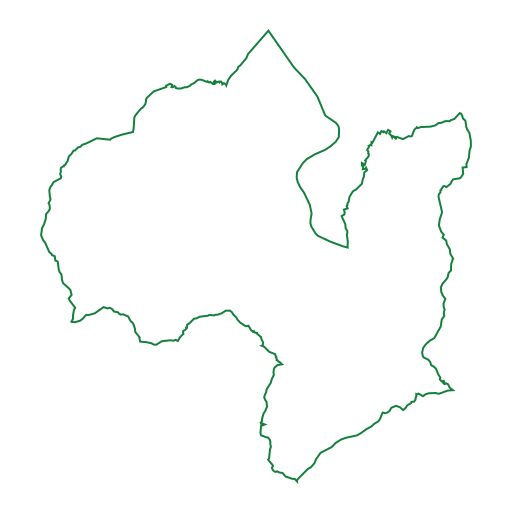 Bicaz, Neamt, Romania (orthographic projection)
{"feature_id": "2599482B9857153102681", "entity_name": "Bicaz", "entity_type": "district", "adm_level": 2, "iso_a3": "ROU", "parent_name": "Romania", "parent_adm1": "Neamt", "projection": "orthographic", "projection_center": [26.06, 46.951], "detail": "fine", "context": "isolated", "style": "outline", "palette": "green", "viewbox_px": 512, "rotation_deg": 0, "n_neighbors": 0, "source": "geoboundaries", "source_scale": "gbopen_adm2", "svg_char_len": 6004}
<svg xmlns="http://www.w3.org/2000/svg" viewBox="0 0 512 512"><path d="M453.0,390.2L449.7,387.6L448.0,384.3L446.1,383.3L444.8,384.1L444.2,383.9L443.2,382.9L444.2,382.0L443.7,380.8L441.6,381.3L439.8,379.4L440.3,377.5L438.4,374.6L435.8,368.4L433.2,366.2L431.3,365.4L430.1,361.9L428.5,359.8L423.6,357.4L422.8,356.0L422.1,352.5L423.2,347.9L425.7,344.4L430.0,340.5L434.2,338.2L440.7,326.6L441.8,319.4L444.3,316.0L443.7,313.3L444.6,309.6L443.8,307.5L443.5,303.7L445.3,298.9L442.4,294.9L442.5,294.2L441.4,292.5L440.8,287.5L442.6,283.7L447.0,278.5L447.8,276.9L448.6,272.9L451.0,270.5L451.2,263.8L452.4,260.6L452.5,259.5L453.2,258.8L450.4,254.0L449.8,249.3L446.8,244.0L446.2,240.5L442.5,237.6L443.8,234.8L441.1,231.5L438.9,225.4L439.8,219.1L442.1,212.3L438.5,196.7L438.8,194.2L440.4,192.4L440.4,190.3L441.3,189.9L441.3,189.1L443.4,186.2L444.3,186.0L446.3,187.1L450.5,183.9L451.8,181.0L453.3,179.3L459.3,178.4L460.7,177.7L463.2,173.8L462.6,167.5L466.6,167.1L466.4,164.2L468.9,157.7L469.5,151.0L470.9,146.4L470.8,140.5L469.4,133.0L467.1,129.3L466.3,126.8L465.4,120.7L462.9,118.4L462.2,115.7L461.1,113.7L459.8,113.1L454.3,119.0L450.7,120.2L449.7,121.2L445.5,121.1L440.9,122.9L438.7,123.0L435.3,125.4L430.7,126.6L420.7,127.1L418.2,128.0L417.0,127.4L417.0,128.0L415.5,128.4L414.0,130.3L412.0,135.9L410.8,136.5L408.7,136.1L402.9,139.1L396.9,136.9L395.9,138.7L394.4,137.4L394.7,136.8L392.9,136.1L392.2,137.7L391.2,135.5L389.2,133.6L390.5,131.3L388.1,129.9L386.4,133.2L384.0,131.5L383.5,131.4L383.2,132.1L381.4,131.1L380.0,134.0L377.9,132.4L372.4,142.7L371.5,142.2L371.4,145.2L370.6,144.8L368.6,145.9L369.0,146.8L367.2,149.9L368.4,151.6L368.2,153.3L368.8,154.0L368.6,156.3L365.2,160.4L365.9,161.1L364.8,164.8L361.9,163.0L361.9,165.6L363.4,166.2L362.8,169.2L365.3,168.8L366.1,167.7L367.1,170.2L364.3,172.4L363.9,176.8L362.8,179.1L361.8,183.9L355.8,189.7L353.5,190.9L352.4,192.1L349.6,196.7L348.6,201.6L347.3,204.0L347.4,205.2L346.6,206.1L347.6,208.4L343.9,209.6L344.7,212.6L344.3,214.5L341.6,216.1L345.3,224.2L345.7,228.7L347.2,230.6L347.4,233.0L346.8,234.7L347.8,241.3L347.5,246.1L347.7,247.5L342.9,246.3L330.2,241.6L318.1,235.9L315.7,233.7L311.5,226.8L310.4,223.5L310.5,220.2L311.6,213.5L309.8,204.9L304.1,192.8L300.2,187.2L297.7,182.0L296.7,177.9L297.0,172.2L302.8,163.2L306.5,159.3L315.0,154.2L325.3,149.8L330.6,146.2L335.7,141.8L338.8,137.1L339.1,129.7L338.8,127.4L338.1,125.6L336.0,122.9L325.3,115.6L317.4,96.6L305.3,79.4L293.8,67.2L268.4,30.7L248.0,54.1L246.4,58.1L240.3,65.4L238.3,66.8L237.7,68.8L236.4,70.6L231.2,75.5L228.3,79.7L226.3,85.4L225.7,84.2L224.0,83.2L222.4,84.4L222.2,83.0L221.0,81.5L219.8,81.6L219.4,82.3L218.8,81.6L216.7,82.4L215.0,80.6L213.7,81.9L214.1,82.4L214.9,82.1L215.4,83.2L214.6,84.0L212.9,84.0L210.3,81.9L208.9,82.5L207.7,81.3L207.0,81.9L201.7,79.8L199.3,79.6L197.5,80.2L193.9,83.2L191.4,84.3L189.8,85.9L186.6,87.3L185.0,87.2L180.7,88.5L177.5,88.5L175.7,87.9L175.5,86.8L174.3,86.0L172.9,87.2L171.5,87.1L172.1,84.8L170.2,83.8L166.1,85.7L166.3,87.0L153.7,91.4L146.7,98.0L145.9,99.8L146.1,100.6L145.3,104.2L143.0,107.2L140.4,109.2L135.2,115.7L134.3,117.7L133.7,128.0L133.0,132.0L122.4,134.5L114.6,137.0L111.5,138.4L110.1,139.7L96.8,138.3L86.4,143.4L82.2,144.8L80.4,146.8L77.9,147.5L75.0,150.5L73.4,150.7L71.8,153.5L68.8,156.5L67.5,161.3L65.7,163.8L65.6,164.6L64.2,165.2L63.8,166.4L63.0,166.4L60.9,167.9L60.6,169.8L60.9,171.2L60.2,174.1L61.2,176.5L60.8,178.2L53.3,182.3L51.9,185.2L50.5,186.8L49.3,190.0L49.9,197.1L50.5,198.8L50.2,200.2L48.6,203.2L49.5,204.8L49.9,208.9L48.2,211.7L46.0,214.2L45.8,218.8L44.1,224.1L42.0,228.3L41.1,235.3L43.1,240.0L45.4,243.2L49.2,251.9L51.5,254.0L52.0,255.1L54.8,256.3L55.3,260.5L57.4,261.3L57.8,262.1L58.8,269.8L59.7,272.2L61.5,274.6L62.0,279.9L63.0,283.1L69.3,288.7L70.5,290.4L71.6,294.9L68.7,298.5L70.0,300.9L75.2,307.8L73.9,310.1L73.0,315.5L73.0,318.8L71.4,321.8L71.6,321.9L75.1,322.2L80.3,320.6L83.0,318.5L86.2,314.8L88.2,315.1L94.7,313.4L103.6,307.1L107.3,308.4L109.7,307.7L112.5,309.4L113.8,311.4L118.3,312.5L118.9,313.6L120.8,314.6L122.9,314.3L128.1,316.4L130.6,321.1L132.5,322.7L133.6,324.6L134.9,328.5L135.3,332.0L139.7,337.5L139.4,338.4L140.2,341.6L146.5,342.2L151.5,343.3L153.7,344.6L156.3,344.7L161.9,341.2L170.0,340.3L173.6,340.7L175.6,339.8L177.8,341.0L180.2,336.9L183.4,333.9L183.0,332.2L183.3,330.8L185.1,330.0L186.3,328.6L186.1,327.7L187.0,327.7L187.2,324.7L189.9,322.9L193.9,318.8L196.7,318.3L199.7,316.7L207.8,315.8L209.2,315.0L214.5,315.4L215.2,314.8L217.6,314.7L221.6,313.3L225.8,310.7L229.8,310.6L231.9,312.2L233.2,314.4L236.3,317.5L237.5,319.7L240.3,322.7L245.0,325.8L246.5,326.2L248.4,325.7L251.3,330.5L252.8,331.2L253.0,331.9L253.8,332.0L254.1,331.5L254.7,332.5L257.0,332.9L257.0,333.6L261.0,337.1L261.4,339.1L263.0,342.3L262.8,345.2L261.7,345.7L264.1,346.7L269.2,351.8L275.3,354.2L275.5,355.7L276.3,356.9L275.9,357.3L276.5,358.2L276.7,360.2L277.7,360.4L278.5,361.7L279.4,361.9L282.0,364.3L277.4,365.1L274.6,367.6L273.9,369.2L273.5,372.1L273.8,375.0L271.7,379.3L270.7,383.0L266.5,389.5L266.2,392.2L264.9,394.6L264.2,397.5L265.4,400.3L266.5,401.8L267.0,406.6L265.5,410.5L263.6,413.4L262.1,418.6L261.8,421.9L260.7,422.5L261.3,424.0L263.0,423.8L264.8,424.5L261.1,425.9L260.4,432.9L261.1,435.3L265.9,437.2L267.9,437.5L269.7,439.5L270.4,441.9L270.2,443.3L270.9,446.9L270.0,449.3L269.1,458.3L268.1,459.6L272.6,465.1L273.0,466.0L271.9,467.8L272.7,469.9L274.3,471.5L275.7,471.9L277.0,471.3L279.4,472.5L282.6,473.0L285.7,476.6L292.6,478.9L294.7,478.9L297.0,481.3L296.9,480.4L298.3,478.6L307.8,469.0L311.0,467.2L314.4,463.2L316.0,459.3L320.6,452.8L331.6,447.1L335.6,443.0L340.9,439.6L346.2,437.7L357.0,435.4L360.8,433.2L366.3,429.2L371.3,426.5L374.4,423.7L378.0,421.6L379.7,419.6L382.6,412.6L385.1,413.2L387.5,412.5L389.6,410.9L391.3,407.8L396.0,405.8L399.9,407.2L403.1,410.1L405.8,407.7L407.3,405.3L411.1,403.1L411.5,401.8L414.0,401.7L415.4,399.8L415.7,397.6L416.3,396.5L416.3,394.0L417.0,394.3L418.5,393.6L423.1,396.2L425.3,394.4L428.6,393.3L435.4,393.0L439.0,393.8L447.6,390.6L453.0,390.2Z" fill="none" stroke="#15803d" stroke-width="2"/></svg>